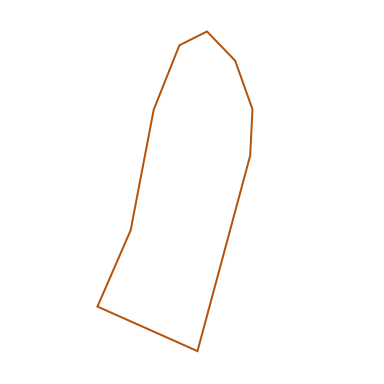 outline of Ngarchelong, rotated 30°
{"feature_id": "PLW-5252", "entity_name": "Ngarchelong", "entity_type": "state/province", "adm_level": 1, "iso_a3": "PLW", "parent_name": "Palau", "parent_adm1": "", "projection": "equal_earth", "projection_center": [134.636, 7.709], "detail": "fine", "context": "isolated", "style": "outline", "palette": "amber", "viewbox_px": 384, "rotation_deg": 30, "n_neighbors": 0, "source": "natural_earth", "source_scale": "10m", "svg_char_len": 281}
<svg xmlns="http://www.w3.org/2000/svg" viewBox="0 0 384 384"><g transform="rotate(30 192 192)"><path d="M167.4,338.5L158.0,255.8L117.7,139.9L107.7,71.3L124.7,45.5L163.7,56.7L203.0,90.1L224.2,131.4L276.3,327.1L167.4,338.5Z" fill="none" stroke="#b45309" stroke-width="2"/></g></svg>